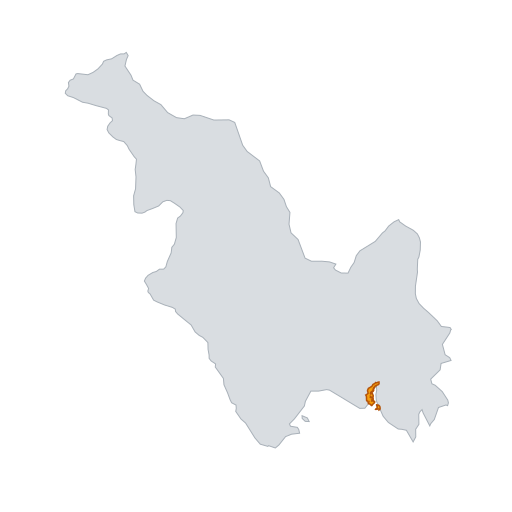 Nampo City, P'yŏngan-namdo, North Korea (highlighted), rotated 276°
{"feature_id": "82179303B45638248322590", "entity_name": "Nampo City", "entity_type": "district", "adm_level": 2, "iso_a3": "PRK", "parent_name": "North Korea", "parent_adm1": "P'yŏngan-namdo", "projection": "mercator", "projection_center": [125.376, 38.709], "detail": "fine", "context": "in_parent", "style": "filled", "palette": "amber", "viewbox_px": 512, "rotation_deg": 276, "n_neighbors": 0, "source": "geoboundaries", "source_scale": "gbopen_adm2", "svg_char_len": 5350}
<svg xmlns="http://www.w3.org/2000/svg" viewBox="0 0 512 512"><g transform="rotate(276 256 256)"><path d="M307.1,394.1L305.0,395.3L301.4,401.7L298.0,409.8L294.8,414.2L291.1,416.6L287.1,418.1L279.1,418.7L271.9,418.1L269.6,417.2L259.7,417.8L256.9,418.3L242.7,417.7L235.2,418.4L230.5,419.9L225.7,423.2L221.5,428.2L217.9,433.4L210.5,443.0L205.3,447.7L205.2,454.5L205.1,456.5L203.3,457.9L202.7,457.3L199.7,456.8L187.6,450.6L177.6,454.4L175.1,459.3L172.5,460.9L168.5,451.3L162.0,451.0L151.8,442.6L147.3,444.3L146.2,447.7L140.6,455.4L132.7,461.8L130.1,462.7L127.2,462.2L127.7,460.5L124.4,453.3L112.0,450.4L107.5,447.3L105.2,446.6L117.4,438.6L120.6,437.2L118.2,435.3L115.6,434.4L105.6,435.6L100.4,432.9L92.8,433.8L87.5,431.7L98.4,423.8L98.9,419.1L98.8,415.5L104.3,405.0L109.9,399.2L124.4,390.9L130.7,389.7L135.2,390.1L139.0,389.3L135.0,386.1L131.2,384.7L123.7,385.0L116.0,380.2L115.3,375.1L130.3,343.1L130.5,340.2L128.2,332.4L127.4,324.7L116.6,320.3L111.9,319.8L98.0,311.2L92.5,306.8L90.3,308.1L89.9,315.0L88.0,316.6L84.3,317.9L82.5,310.0L79.5,304.3L70.4,298.5L67.1,295.3L68.7,288.3L67.9,287.7L69.3,279.9L75.0,273.9L88.8,263.1L92.3,258.1L99.3,252.1L102.5,252.3L105.7,251.7L106.7,249.1L107.5,247.1L110.3,245.3L117.0,242.0L124.6,237.6L130.8,236.4L138.2,229.9L141.3,227.1L144.4,227.1L145.2,225.7L146.9,222.4L149.3,220.1L152.6,219.7L158.1,218.1L164.9,217.2L169.5,211.7L171.1,207.8L174.1,203.4L180.6,198.7L185.1,191.8L190.1,184.2L192.4,181.8L194.7,181.3L196.1,178.4L197.7,170.3L200.0,162.5L201.4,158.8L207.1,154.7L208.5,152.7L209.8,152.1L212.5,152.6L216.0,150.2L219.4,147.6L222.4,148.5L225.5,150.7L228.8,155.1L230.2,158.5L232.8,161.4L233.3,165.6L235.8,167.5L241.3,168.4L250.2,171.3L255.9,171.4L259.2,173.6L266.1,174.8L279.9,173.1L285.5,174.1L287.9,176.7L291.4,178.8L293.6,178.9L296.7,175.3L299.9,169.5L302.1,165.0L302.0,161.4L300.1,157.6L295.6,154.0L292.6,148.5L289.8,142.8L288.1,141.0L286.7,138.2L286.4,133.9L287.4,131.0L294.3,129.1L303.1,128.0L310.2,129.2L322.1,128.4L329.4,126.8L334.8,127.0L339.8,127.0L342.0,124.5L348.9,118.6L352.3,116.5L356.0,112.5L356.6,108.3L357.3,104.9L359.4,101.3L363.0,96.8L366.2,94.7L369.6,95.0L373.2,97.0L375.6,99.1L378.2,98.5L380.3,95.0L381.8,94.3L385.9,94.0L387.2,91.8L388.8,81.4L390.4,73.1L390.8,67.4L394.5,57.8L395.7,52.0L397.9,49.3L400.4,49.5L402.6,51.2L405.3,52.2L408.9,51.3L411.4,52.8L413.0,55.9L418.3,58.0L418.8,59.6L418.7,69.9L421.6,74.8L425.5,79.2L430.8,83.2L433.7,84.1L435.4,86.9L437.0,91.8L440.8,96.6L442.8,100.1L443.2,103.7L444.9,105.7L441.9,107.9L437.9,106.6L431.2,105.8L422.7,112.8L418.0,115.3L414.7,122.3L408.0,126.4L404.4,130.7L399.7,138.3L396.6,145.6L389.4,153.1L385.3,162.4L385.0,170.4L389.6,178.6L390.0,185.6L386.8,199.9L388.6,215.0L386.6,220.9L364.7,231.2L359.0,236.3L350.9,249.7L341.1,254.6L335.0,260.1L326.5,263.3L321.1,272.6L315.2,277.9L308.2,281.1L302.9,285.2L291.1,285.5L282.7,288.4L276.8,296.1L259.0,305.0L256.6,311.7L257.7,321.9L257.8,329.8L256.3,336.3L252.4,334.4L250.3,336.5L248.0,342.5L248.6,349.3L254.7,351.5L259.8,354.3L266.8,355.7L272.0,358.8L283.0,373.1L292.1,379.3L294.4,381.7L299.6,384.8L304.4,389.7L307.1,394.1ZM100.3,324.0L96.9,326.2L96.7,322.2L99.3,318.9L102.0,318.5L100.3,324.0Z" fill="#d9dde1" stroke="#a8b0b8" stroke-width="1"/><path d="M142.7,388.2L141.5,387.4L140.8,386.1L140.4,385.7L139.4,385.3L138.3,384.7L137.7,383.7L137.1,383.1L136.7,382.4L136.1,381.6L135.4,381.4L134.2,381.0L133.4,381.0L132.7,381.4L131.9,381.6L131.1,381.8L130.1,380.8L129.6,380.4L129.2,379.7L128.2,380.4L127.2,380.6L126.3,380.8L125.8,380.8L125.4,380.8L124.7,381.0L124.4,381.0L123.8,381.1L123.5,381.3L123.5,381.8L123.5,382.2L122.7,382.6L121.8,382.9L121.8,383.0L122.1,383.3L121.5,383.2L120.9,383.3L120.8,383.6L120.8,384.4L120.4,385.3L120.2,385.3L120.0,385.6L119.7,386.2L119.4,386.3L119.3,386.6L119.4,386.9L119.5,387.0L120.0,387.0L120.6,387.6L121.5,388.2L122.0,388.8L122.7,389.2L123.0,389.3L123.3,389.0L123.7,389.1L123.8,388.9L123.7,388.4L123.9,388.1L124.1,388.2L124.8,387.8L124.9,387.7L124.7,387.2L123.9,386.5L123.8,386.4L123.9,386.2L124.6,386.5L125.3,387.0L125.4,386.7L125.6,386.4L125.8,386.9L126.0,387.5L126.7,387.4L127.5,387.1L127.5,386.9L127.2,386.2L127.3,385.6L127.5,385.3L127.2,384.7L127.3,384.5L127.6,384.6L128.2,384.5L127.6,385.7L127.6,386.1L127.6,386.5L127.9,387.0L128.2,387.2L129.1,387.2L129.6,387.1L130.1,386.8L131.8,385.9L131.9,385.5L131.9,385.2L131.6,384.9L130.8,384.6L131.1,384.4L131.4,384.2L131.7,384.5L132.1,384.3L132.3,384.3L132.6,384.5L132.8,384.9L133.1,385.2L133.3,385.2L133.8,385.8L133.3,386.2L133.4,386.4L133.6,386.6L134.1,386.8L134.2,386.4L134.4,386.5L135.0,387.1L135.4,387.0L135.7,386.4L136.0,386.5L136.7,386.8L137.4,386.9L137.5,387.1L137.3,387.5L137.5,387.6L138.2,387.5L139.0,388.0L139.2,388.3L139.3,388.4L139.4,388.5L139.2,388.9L139.6,389.1L139.9,389.3L140.1,389.6L140.3,390.0L140.8,391.0L141.0,391.3L141.4,391.5L141.8,391.7L142.3,391.7L143.1,391.5L143.4,391.5L143.5,391.5L143.4,390.7L142.8,389.8L142.6,389.4L142.5,389.0L142.6,388.6L142.7,388.2ZM115.8,394.5L116.2,395.1L116.9,395.4L117.7,395.3L118.3,395.2L118.9,395.0L119.4,394.8L119.9,394.3L120.3,393.8L120.5,393.1L120.6,392.4L120.6,392.1L120.6,391.5L120.4,391.5L120.0,391.8L119.8,391.7L119.6,391.8L119.4,392.3L119.0,392.1L118.5,392.4L117.7,392.3L117.2,392.1L116.6,391.3L116.3,391.1L116.0,391.0L116.0,391.3L116.3,392.6L116.7,393.2L116.7,393.6L116.5,394.2L116.2,394.5L115.8,394.5Z" fill="#f59e0b" stroke="#b45309" stroke-width="1.5"/></g></svg>